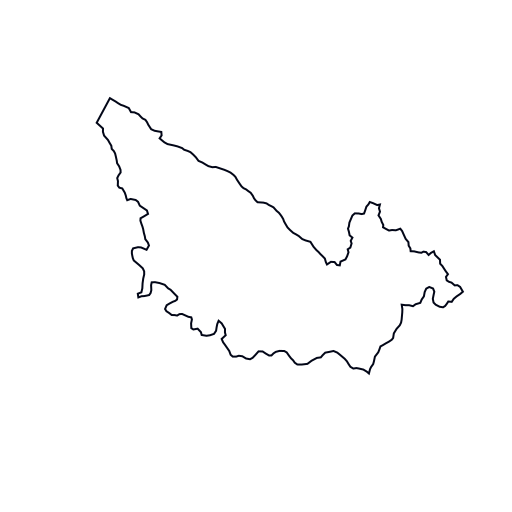 the district of Santa Isabel, Goiás, Brazil, rotated 296°
{"feature_id": "56859067B85014181310436", "entity_name": "Santa Isabel", "entity_type": "district", "adm_level": 2, "iso_a3": "BRA", "parent_name": "Brazil", "parent_adm1": "Goiás", "projection": "mercator", "projection_center": [-49.384, -15.241], "detail": "fine", "context": "isolated", "style": "outline", "palette": "ink", "viewbox_px": 512, "rotation_deg": 296, "n_neighbors": 0, "source": "geoboundaries", "source_scale": "gbopen_adm2", "svg_char_len": 4465}
<svg xmlns="http://www.w3.org/2000/svg" viewBox="0 0 512 512"><g transform="rotate(296 256 256)"><path d="M333.8,55.5L305.9,54.4L303.5,62.6L300.5,64.0L297.6,66.7L295.4,72.1L293.5,74.8L291.7,77.6L289.0,79.4L288.0,82.2L286.4,84.4L284.0,86.4L280.7,89.0L278.5,90.5L276.6,93.7L274.0,96.5L271.7,97.7L268.2,97.1L265.2,97.1L262.8,99.1L258.7,100.9L257.5,103.2L258.1,106.2L255.4,110.3L253.1,112.6L251.3,114.0L249.7,115.8L252.3,118.3L253.6,123.3L253.0,126.2L250.3,129.5L249.1,138.0L246.5,140.5L242.2,137.7L239.3,135.7L237.1,136.6L234.8,138.8L232.7,141.0L230.7,142.8L227.6,145.1L224.9,147.5L222.6,149.1L220.7,152.9L218.5,155.2L213.6,154.9L213.3,148.9L212.2,146.1L209.0,142.2L206.2,142.2L203.9,143.3L202.0,144.7L200.1,146.2L198.4,148.1L196.7,154.9L195.3,159.6L193.2,162.2L190.4,163.6L186.4,164.5L181.8,166.0L177.1,168.0L173.1,168.9L170.3,166.3L167.2,168.4L169.7,170.8L170.9,173.0L172.4,175.0L174.1,177.1L176.5,177.5L179.4,176.9L183.8,174.5L186.6,173.8L188.2,176.7L189.4,181.2L190.1,186.6L188.4,191.2L188.2,194.0L186.3,199.2L184.9,203.2L182.3,204.1L180.3,203.1L178.5,201.4L175.5,199.2L172.6,197.3L168.5,197.5L167.1,199.7L166.7,202.9L166.0,206.1L167.2,208.7L167.9,211.2L170.2,212.7L171.5,215.0L171.7,221.9L172.5,224.7L170.9,226.2L167.0,227.2L162.8,229.5L162.5,231.9L165.1,235.4L163.4,239.9L161.2,241.8L162.6,246.5L164.6,249.4L167.6,252.4L171.3,252.9L174.8,251.8L177.9,251.0L181.4,250.8L180.4,254.7L178.5,257.6L176.9,260.1L173.7,261.6L171.5,263.5L166.4,261.5L164.0,264.3L162.7,266.8L158.9,273.6L156.1,276.5L155.4,279.2L156.9,282.3L158.8,284.3L159.9,287.7L159.5,292.0L160.6,295.9L163.0,297.6L166.4,298.7L171.4,300.1L173.1,303.8L172.6,307.4L172.3,311.4L173.4,313.5L176.1,314.4L178.5,315.8L181.0,318.7L183.0,323.1L182.8,325.9L180.9,329.3L179.4,332.3L178.5,335.1L177.1,337.6L176.6,340.7L178.5,344.7L181.6,349.5L186.3,351.9L191.1,355.4L193.3,358.7L196.1,359.4L199.5,360.6L201.7,363.6L204.6,367.3L204.8,371.4L204.0,374.9L202.5,380.8L201.2,383.9L199.5,386.5L197.8,389.4L197.5,392.8L199.3,395.4L200.0,397.9L201.0,402.3L200.6,406.4L199.9,409.0L204.3,408.1L206.7,408.1L210.2,408.7L212.9,408.2L217.7,407.0L223.0,408.1L225.8,407.9L229.3,407.5L231.2,408.9L234.6,411.1L237.1,412.9L240.2,414.7L242.4,415.2L246.9,413.8L252.2,414.3L256.7,415.6L259.7,415.6L262.6,414.8L269.4,412.2L272.5,410.8L276.1,408.3L277.3,411.9L278.9,415.2L279.7,419.1L282.6,420.6L285.9,424.2L289.6,424.0L293.3,424.6L297.6,423.4L301.3,423.3L304.1,425.3L304.4,429.4L302.1,431.9L299.2,432.6L295.0,433.7L292.0,436.0L291.0,438.9L290.9,443.3L291.9,446.6L294.0,447.9L296.5,448.4L299.4,448.8L300.6,452.0L304.2,452.5L307.6,454.0L311.4,456.2L314.6,457.6L317.7,453.0L318.1,449.9L316.7,447.5L317.8,443.4L317.4,440.7L317.7,438.1L320.5,435.9L323.8,436.5L325.5,433.2L327.1,430.5L328.7,427.9L329.8,424.9L333.3,423.0L335.4,416.6L338.2,413.8L335.5,411.9L332.6,410.7L334.1,407.2L333.3,404.6L331.4,403.2L330.5,400.6L329.5,396.1L328.1,392.9L330.5,391.4L332.2,388.7L335.3,386.9L337.0,383.0L340.3,379.0L342.5,376.4L343.8,373.7L342.1,372.1L340.4,370.4L339.0,366.9L337.2,364.4L337.3,361.0L337.5,357.6L339.7,356.8L341.8,354.0L344.0,352.0L346.2,348.3L350.2,348.0L352.8,345.6L356.6,344.8L354.9,342.6L354.8,338.0L354.4,334.6L351.6,334.4L348.8,333.6L344.4,334.2L341.5,334.5L340.0,332.6L339.2,329.6L337.6,326.1L334.6,324.9L327.0,325.3L323.3,326.5L320.9,326.7L318.5,328.9L315.6,331.1L314.8,334.6L311.1,334.5L309.2,336.4L304.9,337.1L302.2,335.5L299.9,337.5L295.7,338.0L292.1,337.9L288.0,334.4L284.3,335.4L283.4,332.7L285.0,329.3L283.6,325.9L279.5,323.5L281.1,321.5L283.9,319.0L285.1,315.7L286.0,312.9L287.0,310.5L287.8,307.7L289.5,303.7L292.6,298.7L291.7,293.6L291.5,290.1L292.7,285.7L293.0,282.3L293.1,279.3L294.3,275.1L295.5,271.8L297.8,268.3L299.4,266.0L301.1,264.3L302.7,261.9L303.8,259.9L304.9,257.6L305.6,254.7L307.4,250.4L307.5,248.1L307.5,245.2L307.9,242.4L307.2,239.2L305.0,233.8L305.9,231.0L307.0,228.9L308.7,226.8L310.5,223.5L311.0,220.3L311.5,218.0L311.5,215.0L312.2,212.5L313.8,209.6L316.2,205.5L318.1,202.8L319.0,200.3L319.8,196.5L319.8,193.3L319.6,189.8L318.4,180.8L316.7,177.9L315.9,173.8L316.1,171.0L316.5,166.8L316.3,162.6L318.3,158.8L319.6,155.2L320.6,151.6L320.5,148.6L320.0,144.8L320.6,142.3L320.1,137.4L319.3,133.5L317.8,127.4L318.0,123.8L318.7,120.9L319.5,117.8L323.0,118.3L326.0,116.5L325.0,113.2L324.1,109.9L324.0,106.2L326.7,101.7L328.5,99.4L329.9,96.9L329.9,93.7L330.7,91.3L331.9,88.3L331.8,83.8L330.5,80.6L333.2,76.8L333.0,71.2L332.6,68.3L332.9,64.8L333.3,62.2L333.8,55.5Z" fill="none" stroke="#020617" stroke-width="2"/></g></svg>